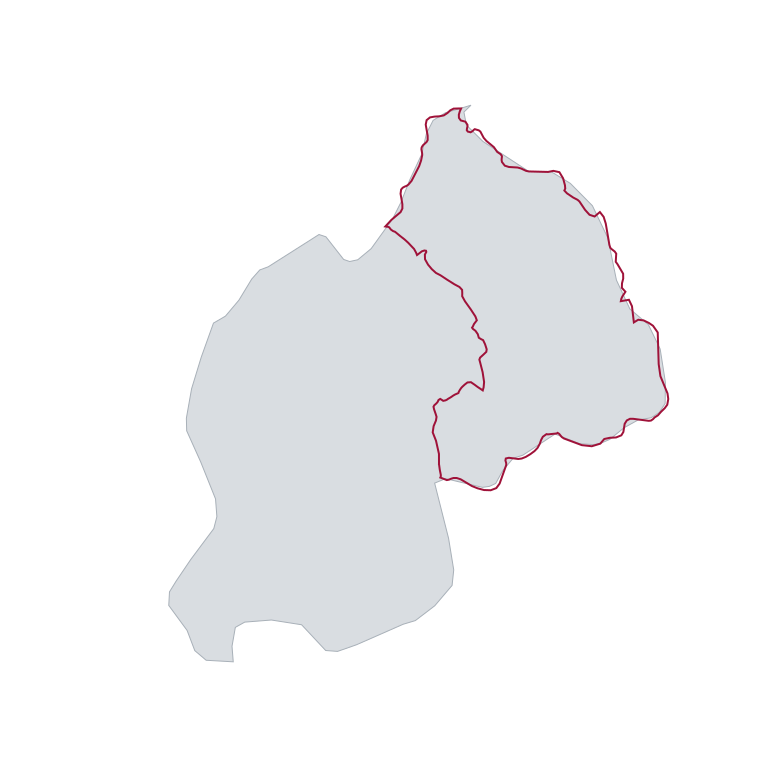 Rwanda, with Eastern highlighted, rotated 341°
{"feature_id": "RWA-3493", "entity_name": "Eastern", "entity_type": "Province", "adm_level": 1, "iso_a3": "RWA", "parent_name": "Rwanda", "parent_adm1": "", "projection": "mercator", "projection_center": [30.365, -1.745], "detail": "fine", "context": "in_parent", "style": "outline", "palette": "rose", "viewbox_px": 768, "rotation_deg": 341, "n_neighbors": 0, "source": "natural_earth", "source_scale": "10m", "svg_char_len": 4416}
<svg xmlns="http://www.w3.org/2000/svg" viewBox="0 0 768 768"><g transform="rotate(341 384 384)"><path d="M303.7,235.7L312.6,235.5L371.2,221.5L377.0,225.9L386.4,253.1L391.4,257.0L399.6,258.0L416.0,251.8L446.1,230.5L459.3,217.6L474.8,199.4L494.5,179.0L505.6,161.1L516.3,150.7L530.5,147.5L546.1,148.3L557.0,148.7L548.1,152.9L546.2,166.0L556.5,186.9L590.1,230.2L611.5,238.1L625.5,255.0L639.1,283.3L643.2,318.8L637.6,361.4L640.9,393.1L653.3,413.9L656.5,440.9L650.6,474.1L643.5,493.9L635.1,500.5L625.5,502.9L612.6,500.7L596.8,503.5L579.6,509.8L568.8,510.7L562.1,509.4L549.5,504.1L529.4,487.0L492.1,496.5L482.0,496.2L468.3,504.4L457.2,514.4L450.4,515.1L443.5,513.8L411.3,493.5L399.6,494.2L394.8,551.0L389.4,582.5L382.8,596.6L359.8,610.2L336.6,617.9L323.9,617.4L273.0,621.6L253.0,621.7L242.1,617.0L227.7,584.8L200.7,570.5L174.8,563.8L164.2,565.7L154.9,582.5L151.0,597.6L125.9,587.3L118.3,574.5L117.6,552.9L108.4,523.3L113.5,510.7L123.4,502.6L144.3,486.9L176.0,465.3L182.8,455.0L187.3,437.8L185.3,397.8L182.2,364.0L186.0,352.0L200.5,325.9L219.9,299.2L242.6,270.9L256.2,268.2L274.1,257.5L293.1,241.7L303.7,235.7Z" fill="#d9dde1" stroke="#a8b0b8" stroke-width="1"/><path d="M531.2,487.0L522.6,485.0L521.3,484.3L517.0,485.6L514.3,488.1L513.2,489.5L511.9,491.2L508.4,494.4L504.5,496.4L499.4,498.0L494.3,499.1L489.9,499.3L486.5,498.6L478.0,494.4L474.9,494.1L473.9,495.9L473.8,498.5L473.2,500.4L460.9,515.8L456.3,519.0L450.3,519.2L444.0,516.8L438.4,513.0L433.9,509.1L425.5,499.1L422.2,496.6L419.1,495.5L416.5,495.4L414.2,495.6L412.1,495.3L407.3,491.2L406.8,490.8L407.5,490.1L407.8,489.3L408.1,488.6L408.8,483.4L409.8,478.3L409.8,477.8L410.0,477.4L413.2,468.0L414.7,454.6L414.3,445.6L417.2,440.0L421.2,435.5L423.0,432.2L423.1,429.1L423.1,424.2L423.4,421.6L424.6,420.5L427.2,419.4L428.9,418.4L430.3,416.9L432.3,416.4L433.3,417.6L434.5,419.2L436.9,419.5L438.5,419.3L439.3,419.0L440.2,418.8L441.8,418.5L443.6,418.1L445.2,417.6L447.6,417.1L449.8,416.9L450.6,416.9L451.5,416.7L452.2,415.7L453.8,414.3L455.7,412.9L457.2,412.1L460.2,410.8L463.4,409.7L466.8,410.6L469.6,414.4L471.5,417.2L473.5,419.8L475.3,422.2L477.1,419.6L479.3,414.7L481.1,404.9L481.9,395.1L482.1,392.0L483.5,390.3L487.5,388.6L491.2,386.9L492.4,384.6L492.5,379.3L492.0,374.8L490.4,373.2L488.7,371.1L488.9,367.4L487.8,363.5L486.0,360.8L485.6,359.4L486.7,358.6L488.6,356.6L491.0,355.0L492.5,354.0L492.4,349.9L490.3,341.6L487.5,332.2L486.5,326.5L487.6,323.5L488.5,320.4L486.9,316.8L483.0,312.6L477.7,306.0L472.8,299.6L469.3,295.9L466.6,291.0L464.5,285.5L463.4,279.4L464.8,274.9L467.0,272.9L467.1,271.7L465.6,270.9L462.9,270.9L459.7,272.0L457.2,272.8L457.1,270.3L456.4,266.1L455.2,263.5L452.9,258.4L450.5,254.0L447.5,249.4L444.0,243.7L442.3,242.3L440.8,240.2L439.9,237.5L438.4,236.3L437.6,236.1L436.5,235.5L444.5,231.2L455.6,226.9L458.5,224.1L459.9,220.0L461.6,209.5L463.5,205.7L465.6,204.5L467.8,204.1L470.0,204.0L472.0,203.4L476.2,200.9L488.2,189.4L491.8,184.8L494.7,179.9L495.2,178.1L495.8,174.2L496.6,172.6L497.5,171.8L498.5,171.0L503.1,169.0L504.7,167.6L506.1,163.5L507.9,152.3L510.2,148.4L514.3,146.9L518.8,147.6L523.4,148.9L528.0,149.5L532.3,148.4L535.8,146.8L539.5,146.3L543.7,147.6L546.6,148.6L544.5,150.8L542.4,153.8L541.5,156.8L542.4,159.8L546.4,162.5L547.3,166.2L546.7,167.8L545.7,169.3L544.9,171.0L545.4,172.6L547.8,174.2L549.9,173.8L551.7,172.9L552.8,172.6L556.2,175.0L557.3,176.7L558.4,183.7L560.0,187.6L565.0,195.8L566.6,201.4L569.1,204.7L569.7,206.9L569.4,207.7L568.8,208.9L568.1,210.5L567.8,212.5L569.3,216.9L572.8,219.5L580.8,222.8L583.7,224.8L587.7,228.7L590.2,230.2L608.2,236.9L613.5,237.6L618.8,240.8L620.3,247.9L619.8,255.0L619.0,258.2L617.5,259.8L619.1,263.3L623.6,269.3L627.0,272.9L628.2,275.0L630.8,284.8L633.4,290.9L637.7,294.2L644.1,291.7L646.1,297.5L645.9,304.5L642.4,325.9L642.3,328.8L642.9,330.2L645.3,333.9L646.0,336.4L642.9,343.9L643.8,346.8L646.0,357.6L644.5,362.2L641.8,366.3L640.2,370.5L642.3,375.4L637.9,378.8L636.2,380.6L634.9,382.8L643.0,384.1L643.8,391.2L640.3,407.1L645.3,406.0L650.2,408.4L654.4,412.6L657.3,416.5L659.6,424.4L650.2,454.6L647.9,466.6L649.0,485.2L647.9,490.7L645.1,495.8L641.5,498.3L637.0,500.4L632.8,502.8L629.0,503.7L627.0,504.8L624.5,505.5L622.3,505.0L608.2,498.0L605.2,497.0L601.7,497.5L598.6,500.0L594.7,507.3L591.7,509.8L586.0,510.1L580.1,508.4L574.4,507.7L569.1,510.8L560.2,510.5L551.1,506.2L536.4,494.1L534.8,492.0L533.4,488.2L532.2,486.7L531.2,487.0Z" fill="none" stroke="#9f1239" stroke-width="2"/></g></svg>